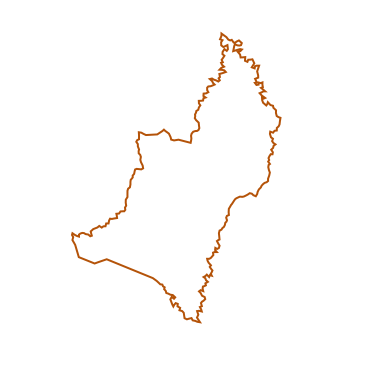 Roncador, Paraná, Brazil, rotated 323°
{"feature_id": "56859067B4447919302568", "entity_name": "Roncador", "entity_type": "district", "adm_level": 2, "iso_a3": "BRA", "parent_name": "Brazil", "parent_adm1": "Paraná", "projection": "equal_earth", "projection_center": [-52.226, -24.572], "detail": "fine", "context": "isolated", "style": "outline", "palette": "amber", "viewbox_px": 384, "rotation_deg": 323, "n_neighbors": 0, "source": "geoboundaries", "source_scale": "gbopen_adm2", "svg_char_len": 4967}
<svg xmlns="http://www.w3.org/2000/svg" viewBox="0 0 384 384"><g transform="rotate(323 192 192)"><path d="M185.5,112.3L183.7,115.0L181.4,118.0L179.4,117.6L177.7,118.4L177.6,121.1L176.2,123.0L175.3,126.2L174.0,127.2L172.7,129.1L173.0,131.1L172.3,133.2L170.1,135.2L169.2,137.5L168.5,141.2L167.2,143.7L165.1,143.4L161.7,140.2L160.1,139.8L158.8,140.8L156.7,142.7L154.5,143.2L153.4,144.7L151.9,145.1L150.4,145.4L148.9,146.9L147.4,148.9L145.2,150.9L143.0,150.9L141.2,152.2L138.9,155.2L137.4,157.2L134.5,158.3L132.6,160.7L131.2,163.3L129.1,164.1L128.0,166.1L126.3,166.6L124.9,165.6L123.2,164.5L120.8,165.3L118.5,163.9L117.6,165.8L116.5,167.7L113.7,166.2L111.8,165.3L110.5,164.0L108.6,164.9L106.4,166.9L104.5,165.5L102.3,167.3L100.6,166.1L98.5,166.1L97.5,163.3L95.1,163.4L90.8,162.2L89.0,162.4L87.4,162.5L86.4,164.7L85.7,166.6L84.1,166.1L83.6,163.6L81.7,161.6L81.0,159.8L79.7,158.6L77.8,158.0L76.1,158.0L74.9,159.6L73.6,157.8L72.6,155.7L71.7,153.0L70.3,154.1L70.0,156.5L67.6,158.4L66.9,163.9L62.4,175.9L71.2,190.5L74.5,191.5L83.4,194.4L108.9,237.2L110.3,241.8L110.8,244.6L111.1,246.6L112.6,248.1L112.1,249.9L112.8,251.7L111.3,252.8L111.5,255.2L110.7,257.2L111.9,258.9L112.9,261.0L114.6,262.7L115.2,266.0L113.4,266.4L112.6,263.6L110.1,264.7L109.5,266.8L108.6,269.9L108.2,272.2L109.9,271.4L112.1,270.9L113.3,272.8L111.6,274.6L112.8,277.4L110.8,278.9L112.5,281.2L112.7,283.5L110.1,288.3L111.3,290.6L113.2,291.3L115.7,292.4L115.3,294.9L117.1,297.0L118.1,298.8L120.0,300.8L120.4,295.3L123.2,293.8L124.4,290.2L126.1,291.1L127.9,293.3L128.6,291.5L129.1,288.6L131.2,289.1L132.3,286.1L134.0,285.6L135.8,285.8L138.1,285.5L138.9,283.5L137.6,280.9L138.1,277.9L137.8,275.6L139.8,275.6L141.3,277.9L142.3,275.6L143.8,274.1L145.3,274.6L146.9,274.9L147.7,273.0L150.6,273.3L150.1,270.9L150.7,268.9L150.1,266.9L152.2,267.2L154.1,266.9L154.5,270.2L156.3,269.2L157.4,270.7L157.8,268.6L159.5,267.9L161.1,267.0L161.0,265.0L161.1,262.5L163.0,262.0L162.7,258.5L163.1,256.2L163.9,254.5L165.5,255.7L167.2,256.0L169.2,255.6L171.1,255.2L172.3,253.1L173.8,253.5L175.7,254.9L175.5,252.3L177.0,250.7L177.8,252.6L179.7,252.9L181.7,251.5L181.9,249.2L182.4,246.2L183.9,246.2L185.4,246.5L187.2,243.6L188.7,241.1L190.8,239.4L192.8,239.8L194.7,239.1L196.4,239.1L198.3,238.2L200.1,236.6L201.7,236.4L203.0,235.6L203.8,233.1L205.5,232.1L207.6,232.6L209.1,230.2L211.3,227.6L213.8,226.6L215.3,225.9L216.7,225.6L220.5,224.2L222.1,223.7L223.7,223.7L227.4,224.5L229.2,226.1L230.6,226.8L232.5,227.2L235.0,227.6L237.4,227.7L238.8,229.4L239.1,231.5L240.4,233.8L242.9,232.8L244.5,231.4L246.9,230.2L249.7,229.8L251.3,228.9L253.3,228.5L255.4,228.4L257.5,229.1L259.4,229.0L260.7,227.2L263.6,225.3L265.9,223.3L266.6,220.9L267.9,218.0L269.5,216.5L271.1,216.5L271.1,213.6L272.9,212.9L273.5,211.0L275.4,210.0L277.6,209.2L279.0,210.3L280.5,208.9L280.7,205.9L283.3,205.6L285.0,204.2L287.3,204.2L286.5,201.8L286.6,199.6L288.7,198.2L288.0,195.9L289.2,192.5L290.8,190.9L292.4,193.4L294.8,192.8L296.7,193.9L298.3,191.9L300.7,191.7L302.6,190.7L304.8,188.4L307.3,186.0L306.1,184.2L305.4,182.3L306.6,179.4L308.3,177.3L307.7,173.7L308.6,171.9L307.0,169.8L306.6,165.9L305.0,167.1L303.4,167.6L302.5,163.5L303.3,160.9L305.8,157.1L305.5,153.8L308.1,154.4L309.7,154.6L311.0,155.6L310.4,152.7L309.8,150.4L311.7,150.9L312.8,148.7L314.2,146.9L312.4,146.4L311.1,144.7L309.8,146.3L307.9,145.3L307.9,142.7L309.7,143.5L310.5,139.6L313.7,140.5L315.0,138.7L316.6,134.9L321.6,131.5L319.6,130.0L318.1,129.5L316.4,131.0L314.8,128.4L319.2,126.7L320.1,122.4L318.2,121.4L316.5,120.2L314.6,121.4L313.3,119.1L315.7,116.3L313.4,114.9L311.8,113.8L313.1,111.2L312.9,107.7L315.4,108.6L317.6,108.2L316.4,106.8L314.3,106.0L311.9,105.1L309.7,104.3L313.5,100.9L315.2,99.8L316.5,102.2L318.0,103.6L319.5,104.2L321.4,103.0L320.7,99.2L318.2,98.7L316.4,98.7L315.2,97.8L315.3,94.4L313.7,93.9L312.7,92.1L312.7,89.1L310.9,83.2L309.5,85.0L307.9,86.0L306.3,86.9L307.7,89.1L305.4,89.9L303.6,92.5L304.3,95.1L308.7,96.0L306.6,99.6L304.7,100.2L303.9,97.4L300.8,98.5L299.3,100.2L299.9,102.7L297.8,103.5L295.2,104.3L294.7,106.9L293.0,106.3L292.5,108.4L293.0,111.2L290.1,110.5L287.6,110.9L289.6,112.6L291.0,114.3L291.2,116.5L287.8,115.4L284.9,114.2L283.5,117.0L281.7,117.2L281.4,119.5L279.5,119.6L278.5,117.5L277.0,115.3L276.3,113.4L274.2,112.5L274.8,115.5L274.4,117.5L274.7,119.8L272.5,119.3L270.5,118.7L268.5,117.5L266.9,117.8L265.4,119.8L265.1,122.1L262.6,121.7L260.5,120.4L258.9,122.2L259.7,124.7L257.6,124.0L255.9,125.6L254.1,124.6L252.3,123.3L250.9,125.4L250.8,127.8L248.4,128.6L246.5,130.1L244.2,129.9L243.0,131.0L241.1,131.9L240.1,133.5L238.7,134.7L238.5,137.0L239.1,140.6L237.4,143.4L236.3,145.4L234.5,146.4L232.8,146.3L231.3,145.3L229.2,144.6L226.8,145.2L225.1,146.5L223.7,148.9L222.1,150.5L220.5,151.9L212.7,142.1L208.7,140.0L206.9,137.6L207.9,135.4L208.7,131.5L208.0,129.1L207.4,127.2L207.1,125.3L205.1,125.5L198.9,125.1L189.5,118.8L188.2,116.3L187.3,114.2L185.5,112.3ZM305.8,157.1L305.4,160.5L307.0,160.9L305.8,157.1Z" fill="none" stroke="#b45309" stroke-width="2"/></g></svg>